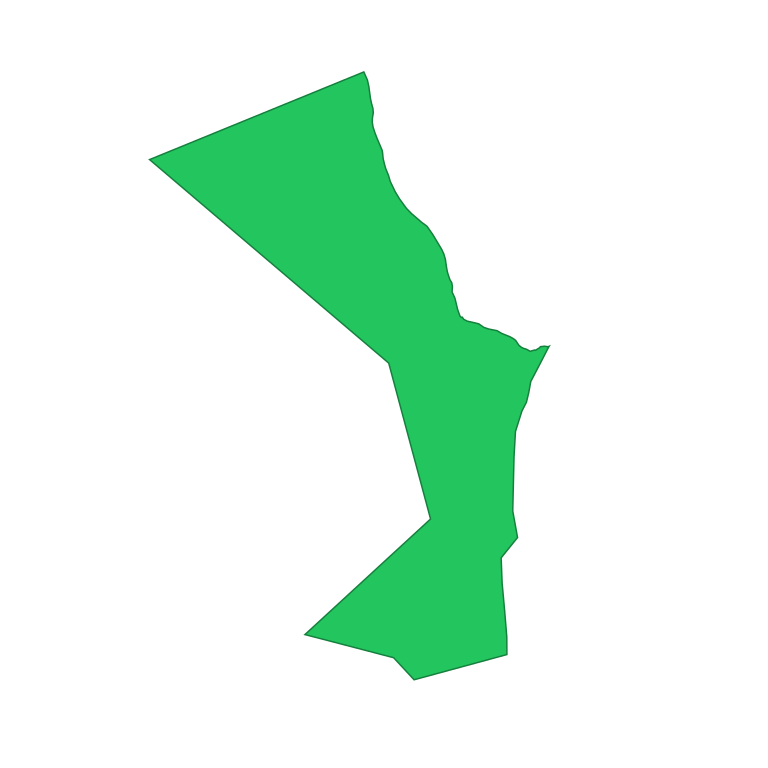 outline of Wadi Hawar, Ennedi, Chad, rotated 248°
{"feature_id": "50815135B62585523695590", "entity_name": "Wadi Hawar", "entity_type": "district", "adm_level": 2, "iso_a3": "TCD", "parent_name": "Chad", "parent_adm1": "Ennedi", "projection": "albers", "projection_center": [23.147, 16.028], "detail": "fine", "context": "isolated", "style": "filled", "palette": "green", "viewbox_px": 768, "rotation_deg": 248, "n_neighbors": 0, "source": "geoboundaries", "source_scale": "gbopen_adm2", "svg_char_len": 1885}
<svg xmlns="http://www.w3.org/2000/svg" viewBox="0 0 768 768"><g transform="rotate(248 384 384)"><path d="M357.1,551.2L357.1,550.1L358.8,547.1L358.9,546.9L359.0,546.8L359.8,543.7L360.0,543.0L359.4,541.9L359.2,541.0L358.9,539.3L358.7,538.0L358.5,537.1L359.0,536.6L359.1,536.4L359.1,536.2L359.6,531.7L359.8,531.6L362.7,529.3L365.0,526.5L365.6,526.0L366.9,524.9L369.6,523.5L371.6,523.1L372.0,523.0L373.6,522.7L375.1,522.4L377.8,520.8L380.7,518.4L386.9,512.0L388.0,511.2L391.1,508.8L395.8,501.6L399.2,497.7L402.6,495.5L403.2,495.1L404.2,494.5L404.3,494.4L407.4,490.1L408.5,488.5L408.8,488.1L410.9,485.0L411.1,484.7L412.7,483.4L414.0,482.2L416.6,481.6L416.7,480.8L418.2,480.0L418.5,479.9L423.6,480.1L425.6,480.2L428.2,480.6L437.0,481.9L437.5,481.9L443.8,481.6L446.4,482.8L447.3,483.3L448.6,483.9L451.8,484.6L452.4,484.8L452.7,484.7L456.1,484.2L456.4,484.2L462.8,484.6L465.5,485.0L465.9,485.1L466.5,485.2L468.3,485.6L474.2,487.0L476.0,487.5L478.3,487.8L479.5,487.9L480.5,488.0L482.1,488.2L485.3,488.0L486.5,488.0L488.6,487.7L491.2,487.3L503.8,485.3L504.4,485.2L514.0,483.0L514.2,482.9L514.6,482.7L520.1,479.3L530.5,474.0L531.1,473.6L538.4,470.6L550.0,467.7L558.1,466.4L569.6,465.7L575.7,466.3L583.3,466.3L587.7,466.8L593.1,467.6L597.6,468.9L597.8,469.0L598.1,469.1L600.2,469.6L600.9,469.8L602.1,469.8L614.4,469.6L620.5,469.7L624.4,470.0L626.3,470.1L631.1,471.2L632.7,471.9L635.1,473.0L639.5,475.7L643.8,477.0L648.6,477.5L654.3,478.5L654.9,478.7L664.0,481.0L665.0,481.3L672.1,482.5L680.9,482.2L680.5,392.3L679.9,250.7L401.6,396.2L241.4,376.6L181.3,216.8L126.6,290.4L98.5,301.1L87.1,396.6L102.7,402.8L103.6,403.1L104.1,403.3L128.5,410.9L136.8,413.4L155.3,419.0L178.9,427.5L180.5,430.3L191.6,450.3L218.0,455.8L234.0,462.7L267.6,477.2L290.7,488.1L307.2,501.7L313.7,509.2L321.8,515.0L331.3,521.0L346.9,539.3L356.5,550.4L357.1,551.2Z" fill="#22c55e" stroke="#15803d" stroke-width="1.5"/></g></svg>